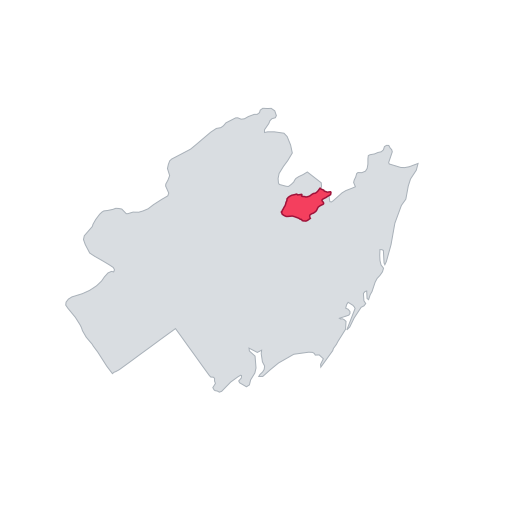 Boumi-Louetsi, Ngounié, Gabon shown in context, rotated 234°
{"feature_id": "22940354B74910664495270", "entity_name": "Boumi-Louetsi", "entity_type": "district", "adm_level": 2, "iso_a3": "GAB", "parent_name": "Gabon", "parent_adm1": "Ngounié", "projection": "equal_earth", "projection_center": [11.888, -2.012], "detail": "fine", "context": "in_parent", "style": "filled", "palette": "rose", "viewbox_px": 512, "rotation_deg": 234, "n_neighbors": 0, "source": "geoboundaries", "source_scale": "gbopen_adm2", "svg_char_len": 5528}
<svg xmlns="http://www.w3.org/2000/svg" viewBox="0 0 512 512"><g transform="rotate(234 256 256)"><path d="M331.4,78.9L331.1,83.1L327.6,93.3L326.0,101.1L325.6,109.5L326.5,116.3L328.2,121.1L329.3,126.3L328.5,130.0L326.8,131.5L328.0,133.4L330.5,133.8L334.9,132.2L341.5,129.4L350.3,125.4L356.1,123.2L365.6,124.6L370.7,126.1L373.3,129.0L376.1,141.0L377.5,142.8L379.8,147.9L381.7,154.1L382.1,157.2L381.9,159.4L380.0,162.8L377.8,167.7L377.0,170.6L375.2,172.8L372.9,175.0L366.5,175.9L365.6,177.1L363.8,182.3L360.4,186.8L358.9,190.9L357.6,196.5L357.8,203.4L357.2,213.3L356.5,220.0L358.2,222.4L365.7,224.0L367.2,225.3L369.2,229.5L371.8,233.4L378.8,235.8L381.5,238.8L383.7,242.1L384.0,244.8L382.4,255.5L380.9,265.9L381.4,273.8L382.0,281.3L382.8,292.2L382.5,298.9L380.5,303.0L380.5,306.2L381.4,310.0L379.7,320.7L378.5,322.5L375.4,324.4L373.8,327.3L373.3,331.8L371.6,337.9L369.9,340.2L369.9,343.1L371.5,345.1L371.5,348.3L368.4,352.2L366.5,355.1L362.4,356.5L357.6,355.0L356.5,352.9L357.7,349.6L357.3,346.9L355.6,344.1L353.1,337.0L350.9,335.5L349.6,338.4L345.7,343.8L338.9,350.8L334.2,351.4L325.4,349.2L318.0,345.9L314.5,337.7L312.4,331.0L309.2,323.2L305.7,319.4L301.9,317.1L300.2,316.9L294.8,321.3L293.2,323.0L293.2,326.6L293.7,330.1L294.6,331.7L295.3,333.9L295.1,337.3L294.2,341.9L293.8,346.9L276.9,351.8L274.0,350.1L271.9,347.8L269.3,348.2L262.0,350.8L259.3,349.0L256.6,347.7L255.4,348.7L255.3,350.9L256.5,362.7L256.1,367.2L254.5,373.1L253.6,377.1L258.1,378.2L259.7,380.1L261.3,383.1L263.5,385.9L263.6,387.5L261.2,390.6L260.3,394.4L261.5,397.4L264.5,400.5L269.0,403.8L271.2,405.9L270.9,407.8L268.9,411.9L268.1,415.4L266.7,418.6L267.0,421.5L269.0,424.2L268.8,426.6L267.4,428.4L264.6,428.0L262.3,428.3L260.2,427.5L253.6,418.2L252.1,417.9L242.6,425.1L240.2,428.1L238.2,432.3L235.6,441.5L231.2,436.1L227.5,426.3L223.1,420.3L213.9,410.6L211.5,403.4L200.9,387.6L185.8,371.9L174.9,358.2L173.2,355.1L175.1,355.5L185.6,362.3L187.1,361.6L188.3,360.0L183.7,356.4L179.4,353.6L175.3,351.9L171.2,352.0L168.9,349.1L167.4,344.7L166.7,340.9L164.8,337.0L159.0,328.9L157.6,325.7L154.5,321.4L156.4,320.9L162.6,325.0L163.2,323.3L162.6,320.9L156.4,317.0L153.0,316.8L152.2,314.0L152.7,310.9L148.2,299.0L143.5,290.2L142.8,286.0L155.3,305.3L157.0,305.6L159.2,305.4L164.4,303.3L163.4,300.7L161.1,297.9L158.8,299.2L155.9,299.4L154.3,298.3L153.6,296.3L156.6,286.9L155.3,287.4L154.3,289.1L152.7,289.9L150.2,290.4L144.1,285.4L138.6,271.8L137.2,269.0L135.7,264.3L134.3,262.4L128.0,243.1L130.4,244.6L133.3,250.1L138.8,249.0L141.0,245.7L142.9,245.9L144.8,245.1L147.2,242.1L154.3,228.8L156.2,211.4L155.6,201.0L154.6,190.7L156.9,187.4L157.8,189.5L158.3,193.2L159.4,195.9L161.9,198.3L166.6,199.0L173.9,202.8L176.5,205.2L177.2,200.4L185.6,196.2L183.0,194.8L175.6,196.4L165.4,190.2L162.0,186.3L158.9,178.8L155.6,174.9L155.8,171.4L163.1,168.2L165.1,168.6L165.9,172.4L167.8,174.0L168.6,173.5L168.9,170.2L168.9,161.4L166.7,148.7L167.4,146.3L169.4,145.4L171.2,143.7L172.4,143.4L174.9,143.7L176.1,146.7L176.8,148.3L179.3,149.0L181.4,150.6L183.1,150.2L184.6,148.3L186.8,148.0L193.4,148.0L199.5,148.0L211.5,148.1L223.5,148.1L235.6,148.2L244.6,148.2L244.6,141.0L244.6,129.8L244.5,116.7L244.5,104.0L244.4,92.4L244.4,78.5L244.9,74.6L245.4,72.9L245.2,70.7L254.5,70.5L271.4,71.5L278.8,71.4L280.9,71.6L290.1,70.9L297.5,71.7L300.7,72.7L303.6,73.2L312.5,73.8L324.2,73.1L328.1,73.2L330.3,75.2L331.4,78.9Z" fill="#d9dde1" stroke="#a8b0b8" stroke-width="1"/><path d="M276.7,302.3L276.2,302.3L275.6,302.2L275.2,302.0L274.8,301.8L274.4,301.8L273.6,302.0L272.8,302.3L271.7,302.8L270.9,303.3L270.2,303.7L269.4,304.8L267.1,308.7L266.6,309.2L265.0,310.4L263.2,311.6L262.0,312.4L261.2,312.9L260.5,313.1L260.1,313.2L259.6,313.4L259.3,313.9L259.0,314.2L258.6,314.3L258.2,314.3L257.8,314.2L257.4,314.2L257.0,314.6L256.6,314.9L256.3,315.3L255.8,315.9L255.2,316.5L254.9,317.0L254.7,317.6L254.6,318.2L254.5,318.9L254.5,319.6L254.5,320.5L254.5,321.4L254.5,322.1L255.0,322.1L255.4,322.3L256.1,322.5L256.8,322.9L257.3,323.4L257.5,323.9L257.5,325.0L257.5,325.6L257.3,326.5L257.0,327.3L256.9,328.3L256.9,329.2L256.9,330.2L257.1,331.3L257.5,332.2L258.0,333.1L258.8,334.6L259.0,335.2L259.0,336.2L259.0,337.0L258.9,337.7L258.8,338.5L258.7,339.3L258.5,339.9L258.4,340.6L258.5,341.3L259.0,341.8L259.8,342.0L260.4,342.0L261.1,341.9L261.7,341.9L262.3,342.1L262.7,342.8L262.7,343.7L262.6,344.6L262.4,345.8L262.2,346.8L262.2,348.1L262.0,350.4L261.8,352.2L261.8,352.4L263.2,353.9L264.1,354.1L264.7,353.1L265.1,352.4L265.6,351.4L266.0,351.0L267.2,350.3L267.7,349.8L268.4,349.4L269.5,349.5L270.5,348.9L271.3,348.3L272.4,347.8L273.2,347.7L273.1,347.4L273.0,346.9L272.8,346.2L272.5,345.3L272.3,344.7L272.1,343.9L272.0,343.3L271.9,342.0L271.9,341.2L272.0,340.7L272.3,340.2L272.6,339.7L272.8,339.1L272.9,338.5L273.0,337.7L273.0,337.0L273.0,336.3L272.9,335.5L273.0,334.8L273.2,333.8L273.6,332.8L273.8,332.1L274.1,331.6L274.5,331.0L274.9,330.6L275.3,330.5L275.6,330.2L275.9,329.8L276.3,329.3L276.6,328.9L277.1,328.4L277.5,328.2L277.9,328.2L278.1,328.4L278.2,328.8L278.5,329.1L278.9,329.2L279.3,328.9L279.5,328.3L279.9,327.5L280.2,327.0L280.4,326.5L280.8,326.0L281.0,325.6L281.4,325.4L281.8,325.4L282.1,325.4L282.5,324.7L282.7,323.9L283.1,323.0L283.4,322.3L283.7,321.6L284.0,321.0L284.2,320.4L284.3,319.6L284.4,318.9L284.5,318.1L284.5,316.5L284.2,315.6L284.1,314.8L284.0,314.7L282.8,313.6L282.4,313.1L282.0,312.2L281.5,311.5L281.1,311.1L280.6,310.5L279.9,309.5L279.4,308.6L279.1,307.7L278.5,306.5L277.8,305.1L277.6,304.4L277.3,303.9L276.9,303.4L276.8,302.8L276.7,302.3Z" fill="#f43f5e" stroke="#9f1239" stroke-width="1.5"/></g></svg>